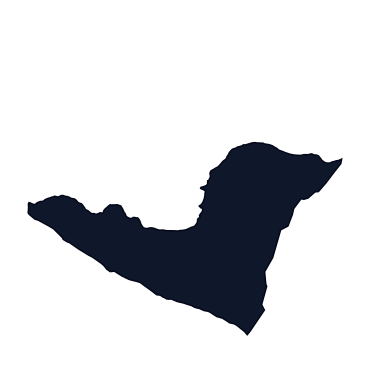 Varisu, Shefa, Vanuatu (orthographic projection), rotated 305°
{"feature_id": "77236927B71259350499613", "entity_name": "Varisu", "entity_type": "district", "adm_level": 2, "iso_a3": "VUT", "parent_name": "Vanuatu", "parent_adm1": "Shefa", "projection": "orthographic", "projection_center": [168.263, -16.675], "detail": "fine", "context": "isolated", "style": "filled", "palette": "ink", "viewbox_px": 384, "rotation_deg": 305, "n_neighbors": 0, "source": "geoboundaries", "source_scale": "gbopen_adm2", "svg_char_len": 4930}
<svg xmlns="http://www.w3.org/2000/svg" viewBox="0 0 384 384"><g transform="rotate(305 192 192)"><path d="M304.7,295.7L303.8,295.3L303.5,294.8L303.0,294.7L302.8,294.6L302.7,294.5L302.2,294.2L301.7,293.8L300.8,292.9L300.2,292.2L299.4,291.6L298.4,290.9L297.3,289.8L296.3,289.2L295.7,289.0L295.0,288.4L294.3,287.7L293.5,286.5L292.7,285.2L292.3,283.1L292.4,281.7L292.4,280.3L292.6,279.6L293.2,278.2L293.6,276.5L294.1,274.8L293.8,273.3L293.8,273.2L293.2,272.0L292.5,270.9L292.1,270.3L292.2,269.3L291.9,268.4L291.3,267.4L290.6,267.0L289.7,266.3L288.8,265.2L287.7,263.6L286.7,262.2L286.0,261.5L285.1,260.9L284.1,259.8L283.5,258.8L282.6,257.4L282.0,256.4L280.7,254.1L279.9,252.3L279.4,251.2L278.9,249.8L278.4,248.0L277.7,245.8L277.2,243.2L276.7,241.5L276.2,239.9L276.0,237.9L276.4,236.6L276.2,235.2L276.1,234.7L276.0,233.2L275.9,231.1L275.6,230.0L275.3,229.1L274.8,227.6L273.8,225.6L272.9,223.7L272.7,222.1L272.0,221.1L271.4,220.6L271.3,219.9L270.8,219.1L270.2,218.3L269.5,217.3L268.7,215.4L267.7,214.2L266.5,212.9L265.4,212.1L263.7,210.7L261.9,209.3L260.9,208.4L260.4,207.4L259.6,206.8L258.7,206.6L257.6,205.8L256.1,204.6L254.8,203.4L253.6,203.0L252.5,202.3L251.4,201.4L250.5,200.8L249.7,200.5L249.5,200.4L248.6,200.3L247.7,200.2L246.6,200.0L244.9,200.1L243.3,200.4L242.5,200.5L241.1,200.4L240.0,200.8L238.5,200.9L237.4,200.6L235.9,200.1L234.6,199.7L233.2,199.6L232.6,199.6L231.8,199.5L231.0,199.4L230.5,199.4L228.5,199.1L227.3,198.8L226.6,198.5L225.4,197.8L224.1,197.2L223.1,197.1L222.9,196.7L222.1,196.3L220.8,195.7L219.7,195.4L218.7,195.7L217.6,196.0L216.1,197.5L215.0,198.3L214.7,198.4L213.6,198.7L212.4,198.8L211.2,199.0L210.8,199.0L210.5,199.0L210.1,198.4L209.9,198.5L209.5,199.0L208.7,199.3L208.0,200.0L207.2,200.1L205.9,200.2L204.7,199.6L204.1,199.1L202.7,198.3L201.7,197.2L200.9,196.7L200.0,196.9L200.0,198.0L200.4,199.7L200.6,201.2L200.4,202.4L200.4,202.7L199.6,203.0L198.8,203.3L197.8,203.7L196.9,204.5L195.8,204.9L194.1,205.7L192.5,206.2L192.3,206.2L190.5,206.7L188.6,206.9L187.1,206.8L186.3,206.7L186.2,206.6L185.4,206.2L184.7,205.9L184.5,206.1L184.4,207.0L184.1,208.5L184.9,209.8L184.7,210.0L184.5,210.3L183.4,210.9L182.5,211.4L181.1,211.7L180.9,211.7L179.8,211.5L178.7,211.6L177.8,211.6L177.3,211.5L176.7,212.2L176.3,212.4L176.0,213.1L175.5,213.2L174.7,212.7L174.0,212.2L172.8,212.4L171.6,213.0L170.4,213.7L169.1,213.9L168.4,213.9L167.1,213.9L166.6,213.9L165.6,213.8L164.2,213.0L162.8,211.8L161.1,210.9L159.8,210.0L158.1,209.1L156.7,207.9L154.7,205.8L153.4,204.1L152.2,203.1L150.9,201.2L150.2,200.0L149.7,199.3L148.3,197.1L146.4,194.4L145.3,192.6L144.5,190.6L143.6,189.2L142.3,187.7L141.4,185.4L140.9,183.4L140.5,181.9L139.8,180.1L139.0,178.8L138.3,178.0L137.2,177.0L135.8,175.5L135.1,173.8L134.8,172.1L135.1,171.2L135.4,171.1L135.5,170.3L135.9,169.7L136.3,168.6L137.0,167.8L137.8,166.6L138.7,165.2L139.2,164.1L139.6,162.3L138.9,161.4L138.6,160.7L138.2,159.5L137.2,158.3L135.9,157.9L135.7,157.7L134.9,156.7L134.5,155.4L134.2,153.4L134.4,151.8L135.1,150.8L136.0,149.5L136.2,148.3L136.8,147.3L138.2,145.0L139.1,143.1L139.7,141.6L139.2,140.1L138.8,138.4L137.9,137.0L137.0,136.2L136.4,135.0L135.4,133.9L134.8,132.9L134.6,132.3L133.6,131.9L132.0,131.5L130.2,131.1L129.0,130.8L127.3,130.4L126.3,130.5L124.2,131.1L123.5,130.9L122.9,130.0L122.5,129.1L121.9,128.3L120.9,127.9L119.6,127.1L118.7,126.1L118.3,125.2L118.2,124.3L117.7,123.6L117.0,122.9L116.7,121.5L116.7,120.1L116.9,118.9L117.0,117.4L116.6,116.0L116.7,114.4L117.1,113.7L117.5,112.9L117.8,111.7L118.3,110.6L118.7,109.2L118.9,107.8L118.3,106.5L118.0,104.7L118.3,103.7L118.8,101.8L118.9,100.3L118.7,99.2L118.0,98.0L117.4,96.3L117.2,94.2L116.8,92.7L115.8,90.8L115.4,89.2L115.1,88.3L114.2,87.1L113.3,86.4L112.1,85.9L110.7,84.7L110.2,82.9L109.8,82.2L109.7,81.8L108.7,81.4L107.4,80.1L105.8,79.1L104.5,78.0L103.1,77.0L101.2,76.0L100.6,75.9L100.2,75.8L99.7,75.7L98.2,74.6L97.3,73.3L95.7,72.2L94.3,71.3L93.1,71.1L91.6,70.5L91.0,69.4L90.6,68.0L90.3,66.2L89.9,64.6L88.4,64.8L85.8,66.9L80.9,69.8L80.3,71.6L79.7,78.6L80.8,82.6L82.1,94.1L82.5,99.7L81.4,105.9L80.3,112.1L79.3,113.8L79.7,118.7L80.3,120.7L80.3,123.6L80.3,126.4L80.3,131.8L81.0,143.3L81.6,147.8L81.6,149.7L81.6,158.7L81.2,162.1L79.9,166.4L79.9,170.7L82.7,173.9L82.7,176.4L83.1,183.3L84.4,191.0L87.2,198.3L88.2,201.5L88.0,207.5L88.0,212.6L87.6,222.0L89.3,225.2L89.3,226.9L89.3,228.4L89.7,229.9L89.9,232.0L89.9,232.7L91.2,234.8L92.5,236.5L93.3,240.2L93.8,242.5L94.0,243.2L96.3,248.9L97.2,252.1L98.7,256.6L99.1,260.2L99.8,262.4L100.8,264.7L101.9,270.1L103.6,273.7L104.0,276.9L104.0,279.3L104.2,283.8L106.2,289.5L106.2,291.0L106.4,294.3L106.4,297.7L108.1,301.7L108.5,304.7L107.9,314.8L106.8,319.1L111.3,319.4L136.8,319.0L139.8,313.4L140.2,313.4L157.5,307.3L159.0,305.1L168.4,297.2L184.5,295.7L211.9,286.3L219.1,290.1L231.1,287.1L236.7,284.8L249.1,285.2L250.2,287.8L253.6,290.5L262.6,292.7L264.9,295.3L272.8,296.1L276.5,296.5L288.2,296.9L300.6,297.6L304.7,295.7Z" fill="#0f172a" stroke="#020617" stroke-width="1.5"/></g></svg>